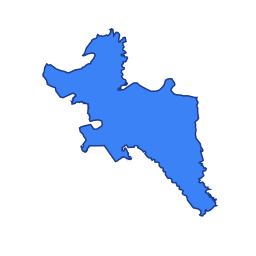 Nanumba South, Northern, Ghana (Natural Earth projection), rotated 259°
{"feature_id": "2480657B24752518727633", "entity_name": "Nanumba South", "entity_type": "district", "adm_level": 2, "iso_a3": "GHA", "parent_name": "Ghana", "parent_adm1": "Northern", "projection": "natural_earth1", "projection_center": [0.077, 8.766], "detail": "fine", "context": "isolated", "style": "filled", "palette": "blue", "viewbox_px": 256, "rotation_deg": 259, "n_neighbors": 0, "source": "geoboundaries", "source_scale": "gbopen_adm2", "svg_char_len": 5873}
<svg xmlns="http://www.w3.org/2000/svg" viewBox="0 0 256 256"><g transform="rotate(259 128 128)"><path d="M29.1,181.8L28.3,182.3L27.5,184.5L28.4,185.4L29.5,187.6L30.9,188.1L32.1,187.9L32.8,188.4L32.5,189.2L31.5,189.6L31.2,191.0L32.0,193.8L34.6,197.5L34.9,200.0L35.6,199.1L38.3,199.7L39.4,198.4L39.8,198.5L39.9,199.3L40.6,199.3L40.4,200.4L41.1,200.9L41.6,198.9L41.3,197.9L41.5,197.4L42.8,197.6L42.8,198.6L43.1,198.7L43.5,198.1L44.0,196.1L44.7,195.0L45.9,194.7L45.8,195.5L44.7,195.9L45.0,196.7L47.0,196.0L47.7,195.2L47.7,194.2L48.8,194.2L48.6,193.6L48.9,193.0L49.7,192.6L49.6,192.0L50.1,191.8L50.9,192.0L52.4,193.9L52.2,196.5L53.3,195.0L54.7,195.1L54.7,193.2L55.3,192.5L56.0,192.6L57.6,191.7L58.5,192.2L58.8,191.6L60.3,191.3L60.7,190.4L60.4,189.3L60.5,188.7L60.9,187.7L61.6,187.3L62.9,188.8L64.6,187.8L65.0,190.6L66.1,191.9L66.7,193.3L70.2,192.8L71.2,193.2L71.5,194.2L71.2,195.0L71.6,196.1L73.1,197.1L74.1,196.4L74.1,194.9L76.2,194.5L77.2,193.1L77.9,193.1L78.4,194.2L78.8,194.1L79.3,192.2L80.3,191.3L80.6,191.5L80.5,192.4L80.9,192.9L81.3,194.6L82.0,195.7L91.3,194.8L91.9,195.0L91.0,195.6L90.8,196.3L91.2,196.9L91.9,197.3L93.1,197.0L94.3,196.4L94.2,196.0L99.1,195.8L104.9,192.8L106.9,193.0L108.5,192.8L113.6,194.5L115.6,194.3L118.3,195.0L121.1,194.9L122.2,196.6L122.5,197.6L124.1,199.1L129.7,199.3L134.5,200.2L136.2,199.6L137.4,200.2L137.7,200.0L139.0,201.2L139.5,201.4L140.6,201.5L141.6,200.8L143.4,200.9L143.5,200.6L144.8,201.5L145.2,199.4L148.1,193.1L149.1,188.0L149.9,187.0L151.5,181.6L152.5,179.8L156.7,177.3L157.5,177.5L159.7,179.5L161.1,181.9L162.0,182.3L163.7,182.1L166.5,180.8L167.5,180.7L168.0,180.0L168.4,178.4L168.4,176.1L167.7,174.0L163.6,171.8L161.7,169.8L159.3,166.2L158.8,162.5L159.6,157.7L162.7,153.4L167.3,147.9L168.5,146.7L170.1,146.0L170.7,144.4L171.0,142.7L170.9,141.6L166.5,131.1L166.8,127.9L166.6,127.1L167.3,125.5L168.4,125.8L169.0,126.7L168.8,127.1L167.8,127.6L168.0,128.5L170.1,128.7L170.6,129.4L170.9,131.2L170.5,134.3L170.8,134.9L171.9,135.9L172.5,135.5L172.2,133.9L173.2,134.9L175.5,134.8L176.2,134.2L176.7,132.9L179.4,131.5L179.8,131.5L181.1,133.1L182.2,133.0L183.9,132.0L185.9,132.7L186.5,135.2L187.2,135.8L187.8,135.8L188.5,134.7L189.8,133.9L191.1,133.9L191.7,134.5L192.1,135.7L194.0,136.1L193.5,137.8L193.9,138.8L197.0,140.9L197.8,140.6L198.5,138.1L199.8,138.2L200.0,135.7L201.3,135.3L201.6,135.5L201.4,137.6L202.0,138.9L202.1,140.3L202.5,140.4L204.0,139.5L205.6,137.8L207.4,138.3L208.2,139.6L210.3,139.0L212.1,139.0L213.2,139.8L213.0,140.9L213.3,142.6L214.2,142.4L217.2,142.6L217.7,142.0L217.5,140.4L216.3,139.7L215.7,138.1L214.1,136.5L214.1,135.7L215.0,136.0L215.8,135.5L220.3,137.3L221.6,137.4L223.6,136.3L224.2,134.5L221.4,131.6L223.3,132.0L224.7,131.7L227.3,131.9L228.5,131.0L228.0,129.4L227.3,130.8L227.2,129.5L225.4,129.4L223.4,127.6L222.6,126.3L222.6,125.8L223.4,124.5L222.9,122.5L222.8,120.3L223.4,119.8L223.6,118.2L224.1,117.3L225.5,116.2L224.5,115.3L223.4,115.1L222.5,114.3L221.8,112.7L222.0,111.6L221.0,109.1L219.7,108.7L218.9,107.4L214.4,102.4L209.7,99.8L207.8,97.4L207.5,97.7L207.4,99.0L208.4,102.8L208.5,105.9L208.2,108.3L207.2,109.2L205.5,109.6L202.3,107.1L200.1,104.3L198.5,103.7L198.2,102.9L198.5,101.9L198.2,100.3L197.5,98.5L196.2,96.7L196.3,94.9L195.0,93.9L195.0,87.1L193.4,80.4L193.8,79.0L195.5,76.7L196.8,73.6L199.5,69.0L205.0,63.9L204.7,62.9L205.0,61.6L206.4,60.5L203.3,57.9L198.8,56.3L197.1,54.8L196.0,55.1L195.2,54.5L194.4,55.2L190.4,57.1L188.4,57.4L188.0,57.1L187.0,57.5L186.4,57.2L183.5,60.7L181.4,64.4L178.1,64.3L171.3,67.5L170.2,70.1L172.5,79.5L172.5,81.1L171.5,82.1L170.3,83.1L169.7,82.6L169.3,82.8L169.2,81.6L168.5,81.3L168.1,79.9L167.5,79.8L167.0,79.2L166.6,79.9L164.9,78.8L165.0,78.5L164.6,78.2L164.8,77.6L164.1,78.0L162.6,77.6L162.7,78.2L162.2,78.2L162.5,79.0L162.1,80.1L162.4,81.0L163.0,81.6L163.3,83.1L162.9,83.8L163.1,84.0L162.9,85.0L162.4,85.3L162.9,87.1L162.4,87.4L162.6,87.9L160.9,89.0L161.0,89.7L160.7,89.7L160.9,90.0L160.7,90.0L160.6,90.8L160.2,90.9L160.1,91.8L159.2,92.9L159.3,93.4L158.4,93.4L157.9,93.0L156.5,93.3L155.9,92.7L154.9,92.7L154.9,93.0L154.6,92.7L153.7,92.6L153.5,92.1L151.5,91.9L150.2,91.2L148.8,92.5L147.5,92.2L147.3,92.7L145.7,92.6L144.2,91.7L141.9,92.1L141.7,93.1L142.1,96.0L141.7,99.8L141.2,101.4L139.8,103.5L136.7,103.6L135.0,102.4L132.8,97.2L133.4,94.3L138.5,92.0L138.4,86.0L138.0,82.1L137.2,80.4L133.7,80.5L131.8,81.6L130.8,82.6L128.1,83.0L125.6,84.4L124.0,84.5L120.3,80.5L119.1,81.1L117.9,80.3L117.8,79.5L118.1,78.9L119.0,78.7L118.6,78.3L117.2,78.9L115.3,78.7L114.0,79.3L113.4,80.5L112.4,81.2L112.8,81.9L112.8,82.6L113.6,82.7L113.4,83.1L114.5,84.0L115.1,83.8L116.0,84.4L116.5,85.8L117.3,85.8L117.9,86.4L115.2,101.4L97.5,109.3L97.8,111.5L98.4,112.2L99.7,115.7L100.4,116.3L100.3,117.5L100.7,117.8L99.4,120.0L98.3,120.8L98.4,121.3L97.6,122.5L97.3,122.4L97.4,123.0L96.7,124.0L97.1,124.5L97.0,125.3L97.6,125.5L97.3,124.7L97.7,124.2L98.8,124.3L99.2,123.9L99.3,124.2L99.6,123.6L99.8,123.9L100.0,123.4L100.8,123.1L102.2,123.0L102.7,123.6L103.6,123.5L104.2,122.9L107.2,122.4L108.7,121.7L108.2,120.3L107.1,120.4L106.3,119.2L107.1,117.9L108.7,118.5L109.8,118.4L110.3,119.2L110.4,120.6L111.6,121.9L111.1,123.7L108.9,124.3L108.1,130.4L109.1,130.6L109.4,131.5L109.0,133.3L108.3,134.2L107.4,134.4L106.9,133.9L104.0,137.3L101.6,138.6L102.0,139.4L101.7,140.3L100.3,140.6L99.6,139.8L96.0,141.6L94.8,142.7L94.0,145.0L93.1,145.2L92.5,144.9L91.8,145.6L92.2,147.5L91.6,148.4L89.6,147.9L89.2,148.4L88.9,150.9L87.8,151.9L85.0,151.4L82.6,153.0L82.2,154.7L81.5,155.0L79.6,154.2L78.1,154.9L78.2,155.8L77.7,156.4L75.3,155.9L71.9,157.1L71.0,157.8L70.6,159.9L69.6,160.9L68.5,161.2L66.9,160.7L65.8,161.6L65.3,164.0L64.9,164.7L61.9,165.1L61.4,165.6L61.3,166.9L60.5,167.4L58.7,166.6L57.9,166.8L57.3,168.7L55.6,170.2L53.8,168.9L53.2,169.0L52.0,169.7L50.6,171.9L49.7,172.6L45.8,172.7L37.1,177.0L35.2,181.5L33.2,183.4L32.5,183.7L30.2,183.3L29.1,181.8Z" fill="#3b82f6" stroke="#1e3a8a" stroke-width="1.5"/></g></svg>